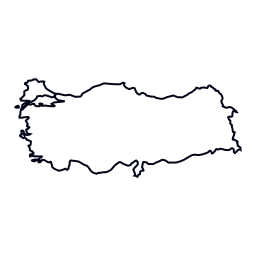 SVG path tracing the border of Turkey
{"feature_id": "TUR", "entity_name": "Turkey", "entity_type": "country or territory", "adm_level": 0, "iso_a3": "TUR", "parent_name": "Asia", "parent_adm1": "", "projection": "orthographic", "projection_center": [34.29, 38.962], "detail": "fine", "context": "isolated", "style": "outline", "palette": "ink", "viewbox_px": 256, "rotation_deg": 0, "n_neighbors": 0, "source": "natural_earth", "source_scale": "50m", "svg_char_len": 5720}
<svg xmlns="http://www.w3.org/2000/svg" viewBox="0 0 256 256"><path d="M196.4,87.7L198.6,88.3L199.5,88.6L200.0,88.7L201.1,87.7L204.3,87.5L207.2,88.0L207.7,87.5L208.2,86.1L208.6,85.8L209.5,85.6L210.3,85.6L210.7,85.8L211.2,86.8L212.1,87.1L214.0,88.7L215.1,89.3L215.4,89.5L215.1,89.9L215.3,90.3L215.9,90.8L216.8,91.0L217.7,90.8L218.2,90.9L218.5,91.2L218.7,92.0L218.9,92.6L219.7,93.4L220.6,93.9L221.1,94.4L222.1,96.4L222.5,97.5L222.5,98.5L222.1,99.7L221.2,101.2L221.8,102.5L221.8,103.1L222.8,104.7L223.3,105.8L223.0,106.1L222.8,106.4L224.3,107.1L226.1,107.7L226.9,107.7L228.8,107.2L230.1,107.0L231.4,107.5L233.4,108.9L235.7,110.8L236.8,112.2L236.4,112.2L233.9,110.7L233.2,111.3L232.6,112.4L232.3,116.2L231.7,116.6L229.2,116.7L228.3,117.0L228.1,117.3L228.6,118.2L229.0,119.6L229.6,120.1L230.3,120.6L230.4,121.9L230.1,122.9L230.5,123.8L231.4,124.8L231.9,125.1L231.9,127.2L232.3,128.1L232.6,129.3L232.8,131.4L232.9,131.9L233.2,132.0L234.5,132.1L234.8,132.4L234.8,132.7L234.1,133.7L233.9,135.4L233.7,136.0L233.1,137.1L232.8,138.3L232.7,139.2L232.9,139.6L234.2,139.5L235.0,140.1L237.1,141.2L237.5,141.6L237.0,142.5L237.1,142.8L237.4,143.2L237.6,143.9L237.7,145.8L239.5,146.8L240.6,147.7L240.6,148.0L240.3,148.8L240.5,149.9L240.0,149.6L238.5,149.7L236.3,151.7L235.0,153.1L234.6,153.0L234.2,152.6L233.9,152.1L233.8,149.8L233.5,149.1L233.0,148.6L232.5,148.4L231.3,148.4L230.5,149.1L229.3,149.9L227.4,150.1L225.5,150.0L222.9,149.2L222.4,149.2L220.3,148.7L218.5,149.5L217.6,149.4L216.5,149.0L216.1,149.2L215.0,151.0L213.0,153.0L211.9,153.4L211.2,151.6L210.6,151.0L209.8,150.7L209.4,150.9L208.2,152.2L206.2,153.2L201.8,154.5L198.8,155.1L195.1,154.7L193.4,154.9L192.1,155.1L189.1,156.7L184.0,159.8L180.1,161.4L176.2,162.5L173.2,162.6L170.7,162.5L169.1,162.7L168.1,162.4L166.7,161.3L165.0,160.3L163.3,159.9L162.0,159.8L158.6,161.6L156.4,162.4L153.0,164.1L149.9,164.0L148.5,164.1L147.5,163.4L146.9,162.5L144.9,162.1L143.5,162.0L143.1,162.3L142.8,163.5L142.1,167.2L143.5,170.1L143.4,170.6L141.5,170.8L140.8,171.1L140.2,171.6L140.0,174.1L138.8,174.6L138.2,175.2L137.6,176.7L137.3,176.8L135.3,175.6L134.4,175.6L135.2,174.3L133.3,169.6L134.2,168.2L136.0,166.4L137.8,164.3L137.7,162.0L137.1,161.4L136.1,160.5L134.3,161.5L133.1,162.6L132.3,162.8L131.4,163.4L131.0,164.5L129.9,165.3L128.2,165.7L125.5,164.8L122.7,163.5L121.1,162.4L119.8,162.1L118.5,162.6L114.9,165.3L111.5,169.3L110.7,170.0L107.5,171.7L105.4,172.3L104.4,172.1L100.2,172.8L98.1,172.9L96.5,173.8L93.3,172.7L91.4,171.4L90.3,170.1L88.5,167.4L87.2,166.0L84.2,164.8L79.2,161.8L77.8,161.4L74.3,160.9L70.6,160.5L69.8,161.5L69.4,165.6L68.7,166.7L68.4,168.8L67.9,169.4L67.2,169.8L66.1,169.1L65.3,168.7L63.5,169.5L59.8,170.6L58.6,170.7L54.5,168.9L53.1,167.8L52.1,166.7L51.9,164.8L51.3,163.7L51.1,162.1L50.3,161.8L49.4,162.3L48.4,162.3L47.2,161.8L44.5,160.1L42.3,159.8L40.9,161.6L39.9,162.2L38.7,162.3L38.7,161.7L39.6,160.5L36.2,160.5L34.4,161.3L33.0,161.1L32.0,160.6L32.2,160.1L33.3,160.0L34.2,159.6L37.9,159.5L38.8,159.3L39.8,158.0L41.6,157.0L41.8,156.5L34.9,156.3L31.1,155.9L30.6,156.4L30.0,156.4L29.9,154.9L30.6,154.2L31.4,154.3L33.5,153.8L33.4,152.5L32.0,151.6L31.8,151.0L30.7,150.8L29.9,150.2L29.9,148.6L29.3,146.9L28.4,146.0L28.6,145.5L30.4,145.1L30.9,142.8L30.8,141.3L29.9,141.1L27.4,139.7L26.7,139.8L25.9,138.5L24.5,137.4L23.8,137.7L23.3,138.1L22.6,137.8L21.5,136.9L20.5,136.4L20.0,135.8L20.7,134.5L21.6,134.6L21.9,133.5L21.3,131.6L21.5,130.7L22.2,130.5L23.1,130.8L23.8,131.9L24.0,133.0L23.8,134.0L24.2,135.1L24.6,135.4L24.9,134.3L25.3,134.2L25.8,134.7L26.8,135.0L29.7,134.6L30.3,134.1L28.2,133.9L27.5,133.4L26.8,132.2L26.4,131.1L26.1,129.8L26.5,129.4L27.9,128.9L29.3,127.4L28.8,126.8L28.2,126.6L27.6,126.7L27.0,126.1L27.0,125.3L27.5,124.6L27.7,123.8L25.9,120.9L26.3,120.2L27.6,119.1L28.8,117.8L28.7,117.3L27.9,117.0L23.9,117.3L22.3,117.7L19.5,117.7L19.4,116.9L19.5,116.2L20.3,114.9L20.5,111.6L21.0,109.9L22.6,109.5L24.7,107.1L28.0,104.3L31.1,104.6L32.4,103.8L34.3,103.9L34.7,105.2L36.3,106.2L39.2,106.2L40.6,105.5L39.4,103.9L39.9,103.5L41.1,103.6L42.4,104.0L42.4,104.4L42.0,104.8L41.6,105.6L41.9,105.8L45.7,105.6L49.6,106.2L50.9,106.1L53.9,106.3L54.5,105.8L53.6,105.1L52.7,104.8L51.6,103.9L53.6,102.6L54.7,102.4L59.9,101.8L63.8,101.5L63.9,101.2L58.4,100.2L57.2,99.5L55.6,98.1L54.9,97.0L55.6,94.4L56.3,93.8L58.3,93.8L65.0,95.3L69.9,94.8L75.1,96.8L80.2,96.6L81.2,95.9L82.6,93.5L89.8,89.6L92.4,87.5L95.0,86.4L99.6,85.2L103.5,83.5L104.5,83.4L113.7,84.2L120.0,84.3L122.8,82.7L124.5,83.2L124.3,83.8L124.0,84.3L124.1,85.3L125.1,86.7L126.2,87.7L129.1,89.1L133.2,87.8L134.7,88.3L136.2,92.1L137.4,93.5L138.8,94.4L140.0,94.5L140.9,93.5L141.5,93.1L143.0,92.9L145.5,94.2L146.4,95.5L150.6,96.5L154.4,96.8L156.1,97.9L161.5,98.9L163.5,98.6L166.8,97.2L173.3,95.5L177.7,97.2L178.9,97.3L179.9,97.1L181.4,97.5L183.0,97.1L187.6,94.6L189.0,93.3L190.6,92.8L191.9,92.0L195.4,89.2L196.4,87.7ZM44.3,81.7L43.8,83.4L44.4,85.4L45.9,88.1L47.5,89.5L54.0,93.3L55.3,93.6L54.9,94.9L54.4,96.1L53.9,96.9L51.9,97.3L46.5,95.5L45.1,95.2L44.1,95.5L42.2,96.4L40.2,95.9L37.3,96.3L36.4,98.3L34.2,100.4L30.9,102.0L28.5,102.8L24.7,106.1L22.9,108.0L21.4,108.6L21.7,107.7L22.2,106.8L22.2,106.1L22.3,105.1L23.6,104.0L24.7,103.3L27.9,102.1L28.9,100.9L26.4,100.7L23.9,100.8L22.4,100.5L21.0,100.5L20.4,98.7L21.3,98.4L22.2,97.3L24.1,95.5L24.4,94.9L24.4,94.3L24.2,93.9L24.2,93.4L24.4,91.2L26.9,89.9L27.7,89.8L28.0,89.1L28.0,87.4L27.8,86.0L27.4,85.9L26.8,85.5L26.0,84.4L25.0,84.0L25.0,83.6L25.1,83.2L25.6,82.8L27.3,82.6L27.5,82.3L28.2,80.8L28.6,80.6L30.7,80.6L31.7,80.4L32.7,80.0L33.2,79.5L35.2,79.4L35.8,79.2L36.4,79.5L38.2,81.6L38.8,82.1L40.3,81.5L41.9,81.7L42.2,81.4L42.8,81.3L44.3,81.7ZM18.8,107.5L16.1,107.7L15.4,107.2L16.3,106.3L17.9,105.9L18.4,105.9L18.9,106.9L18.8,107.5Z" fill="none" stroke="#020617" stroke-width="2"/></svg>